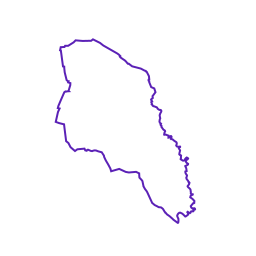 Kota Bukittinggi, Sumatera Barat, Indonesia (Mercator projection), rotated 203°
{"feature_id": "22746128B12322141134935", "entity_name": "Kota Bukittinggi", "entity_type": "district", "adm_level": 2, "iso_a3": "IDN", "parent_name": "Indonesia", "parent_adm1": "Sumatera Barat", "projection": "mercator", "projection_center": [100.358, -0.299], "detail": "fine", "context": "isolated", "style": "outline", "palette": "violet", "viewbox_px": 256, "rotation_deg": 203, "n_neighbors": 0, "source": "geoboundaries", "source_scale": "gbopen_adm2", "svg_char_len": 4097}
<svg xmlns="http://www.w3.org/2000/svg" viewBox="0 0 256 256"><g transform="rotate(203 128 128)"><path d="M200.7,128.2L200.7,121.2L200.4,118.9L198.6,119.2L198.7,115.4L198.5,114.2L196.9,105.4L193.2,105.6L188.3,106.4L186.6,103.4L179.8,91.7L177.0,90.9L176.4,90.4L173.4,87.9L167.8,86.1L166.3,88.6L160.0,92.0L158.6,90.7L157.2,90.9L157.2,91.5L156.4,92.4L153.2,92.4L152.0,92.7L151.1,93.6L150.1,94.3L148.7,94.8L146.2,94.9L142.7,95.4L140.5,93.9L139.4,93.2L138.6,92.0L135.8,89.5L132.0,86.7L128.4,83.8L126.6,81.6L120.1,86.9L112.9,86.7L109.8,87.4L103.4,90.8L100.4,90.6L100.0,90.6L98.8,88.1L98.1,86.8L95.2,85.5L94.0,84.8L91.5,81.2L90.8,80.3L90.8,80.2L90.6,80.1L90.2,79.8L88.7,78.6L86.1,77.1L85.3,76.5L76.4,68.4L75.5,68.2L73.4,67.5L70.2,67.3L68.9,67.1L67.3,67.6L66.3,67.8L64.3,67.2L63.7,66.8L61.5,65.2L60.5,64.8L60.5,64.7L60.4,64.7L58.3,63.7L56.8,63.4L55.4,63.1L54.4,62.8L52.7,62.2L51.7,61.9L50.3,61.3L48.5,60.9L45.2,60.1L44.9,60.3L44.8,60.6L45.1,61.7L45.5,62.8L46.2,64.2L46.7,64.6L48.1,65.9L48.5,66.6L48.5,67.9L48.2,69.1L47.6,70.1L46.7,70.5L45.3,70.4L44.6,70.4L42.9,69.8L40.7,68.9L40.3,69.2L39.0,71.4L38.8,72.0L39.4,72.9L40.5,73.7L40.3,74.2L39.0,73.9L37.7,73.9L37.4,74.4L37.4,75.5L37.3,75.9L36.1,76.6L35.6,76.6L35.3,77.0L35.3,77.7L35.7,78.2L35.4,78.6L35.0,78.8L34.5,79.2L34.5,79.5L34.9,79.9L35.4,80.1L35.9,79.9L36.2,79.4L36.9,79.4L37.3,79.1L38.2,79.4L38.7,79.5L39.7,80.6L39.3,82.0L38.9,83.0L38.9,83.5L38.7,84.1L38.1,84.4L37.9,84.6L37.7,84.9L37.8,85.2L38.1,85.4L38.3,86.7L39.0,87.1L40.3,87.6L40.8,87.9L43.6,88.5L43.8,89.6L43.8,90.2L42.4,92.0L42.6,92.3L43.7,91.7L44.7,92.4L45.1,93.6L45.7,94.4L46.1,95.3L46.8,96.0L48.2,96.6L49.5,97.0L50.3,97.5L50.4,98.0L49.8,99.9L50.0,101.6L50.5,101.9L50.8,101.6L52.0,102.8L54.0,103.9L54.9,104.9L54.9,106.0L55.2,107.5L55.6,107.7L56.3,108.1L57.2,108.8L57.7,109.3L58.2,110.4L57.7,110.9L57.2,111.3L58.6,113.6L59.3,114.3L60.0,114.9L60.4,115.3L59.2,116.8L58.8,117.3L58.5,117.9L58.7,118.5L60.3,118.8L61.1,119.3L61.6,119.6L62.0,120.9L61.4,121.8L61.2,122.0L60.8,122.8L60.8,123.5L61.5,123.7L62.4,123.8L62.8,123.2L63.3,121.8L63.4,120.2L64.2,119.6L64.8,119.4L67.3,119.8L67.5,120.4L67.4,120.7L67.5,121.0L68.0,122.1L68.4,123.4L69.2,123.6L69.9,123.5L70.5,123.8L70.8,124.8L71.3,127.7L71.8,128.1L72.2,128.4L72.5,128.6L73.2,129.0L73.4,129.4L73.5,129.6L73.3,130.1L73.0,130.5L72.6,130.8L72.6,131.0L72.8,131.2L73.3,131.0L74.0,130.5L74.7,130.3L75.6,130.1L76.2,130.3L76.8,130.8L76.8,131.6L77.1,132.9L77.7,133.7L78.6,134.0L79.5,134.1L81.2,134.5L82.3,134.9L83.6,134.9L84.0,134.6L84.3,134.7L84.3,136.2L84.6,137.1L85.2,137.4L85.5,137.3L86.1,136.5L86.2,135.6L86.6,135.1L87.0,134.9L87.7,136.8L89.1,136.7L90.2,136.7L91.1,136.5L91.6,136.1L92.1,136.0L92.3,136.4L92.4,137.2L92.4,137.3L92.6,138.0L92.6,138.6L92.5,139.4L93.0,140.0L93.7,140.2L94.7,140.3L97.2,141.8L97.7,142.1L97.8,142.7L98.1,143.2L99.0,143.4L99.4,143.8L99.3,144.9L100.8,145.3L101.5,146.2L101.6,146.3L102.1,148.3L102.1,149.5L102.9,150.6L103.9,152.2L103.9,153.1L104.0,153.8L103.8,155.7L103.8,155.8L103.9,156.7L104.9,157.4L106.0,157.0L106.9,157.0L108.4,157.4L109.1,158.1L109.7,158.3L110.8,158.2L112.2,158.2L113.2,158.0L114.0,158.2L115.2,159.3L115.6,158.0L115.2,159.4L116.7,160.9L116.6,161.6L116.2,161.9L117.0,162.6L117.8,163.0L117.8,163.7L116.9,165.2L117.1,165.7L117.9,166.6L118.6,166.3L117.9,166.6L116.7,171.7L119.3,174.7L120.1,174.7L122.6,174.7L124.0,176.1L124.4,176.5L126.4,178.5L126.7,179.4L127.5,179.6L127.9,180.2L127.9,180.8L127.5,181.2L129.0,183.9L132.7,187.0L133.5,187.0L134.0,187.5L135.0,187.3L139.4,187.7L148.3,186.4L152.5,187.5L153.0,187.1L153.9,187.4L155.8,188.4L157.7,189.1L158.6,189.2L162.4,190.0L163.4,190.5L163.2,191.2L165.2,192.0L167.0,192.4L183.0,194.3L187.0,195.4L194.9,195.9L196.0,193.9L203.8,190.4L210.5,188.2L211.5,185.6L215.2,180.3L217.6,179.3L218.0,179.1L218.1,177.8L219.9,176.9L221.5,176.1L220.9,173.0L220.1,173.1L218.3,170.1L216.0,166.2L211.9,159.3L210.7,159.6L209.9,157.9L208.0,154.5L203.2,148.1L201.7,147.6L201.3,147.7L201.0,147.8L200.9,146.6L198.6,146.8L197.9,145.0L197.2,138.8L196.9,138.7L198.3,138.0L199.2,137.3L199.4,137.2L199.9,137.2L200.6,136.0L200.7,128.2Z" fill="none" stroke="#5b21b6" stroke-width="2"/></g></svg>